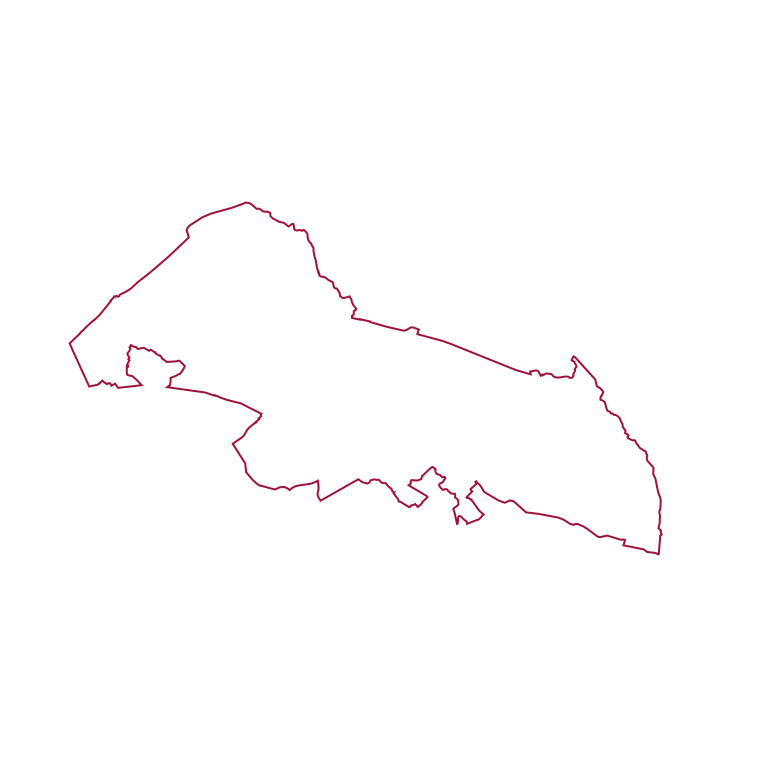 Doetinchem, Gelderland, Netherlands (Albers equal-area conic projection), rotated 197°
{"feature_id": "6326949B3071243252174", "entity_name": "Doetinchem", "entity_type": "district", "adm_level": 2, "iso_a3": "NLD", "parent_name": "Netherlands", "parent_adm1": "Gelderland", "projection": "albers", "projection_center": [6.278, 51.959], "detail": "fine", "context": "isolated", "style": "outline", "palette": "rose", "viewbox_px": 768, "rotation_deg": 197, "n_neighbors": 0, "source": "geoboundaries", "source_scale": "gbopen_adm2", "svg_char_len": 6144}
<svg xmlns="http://www.w3.org/2000/svg" viewBox="0 0 768 768"><g transform="rotate(197 384 384)"><path d="M71.5,301.6L75.5,319.9L74.4,321.2L76.2,323.3L76.0,323.6L76.0,324.0L76.5,325.0L79.3,326.2L79.7,331.4L81.6,339.0L83.0,341.2L83.4,342.5L83.3,345.7L85.6,354.5L90.4,361.1L96.9,373.0L100.2,376.5L101.6,382.1L102.1,383.0L109.7,387.6L111.2,390.2L111.4,390.9L111.1,391.9L111.3,392.5L111.7,393.2L113.0,394.2L113.4,395.3L113.8,395.8L120.3,397.5L125.6,401.3L126.9,403.0L127.6,403.5L128.2,403.5L129.5,402.8L134.8,403.5L135.7,404.7L135.1,405.5L135.1,406.2L135.9,406.9L139.1,407.6L139.4,410.0L143.3,412.9L143.6,414.3L144.5,415.8L145.9,416.8L149.0,420.5L151.5,421.7L153.6,422.2L155.1,421.7L156.8,422.6L158.0,422.2L158.8,422.5L159.7,423.5L161.9,423.6L163.0,424.2L165.0,427.0L166.6,429.9L168.0,431.5L169.5,432.0L172.4,432.3L172.9,433.9L173.0,435.3L172.7,436.3L172.1,437.2L172.3,438.2L171.9,440.3L172.1,440.8L175.9,443.1L179.8,444.1L183.3,450.1L209.5,465.7L210.8,465.8L211.6,461.7L210.5,461.2L208.4,461.0L208.1,460.2L205.5,457.8L205.0,456.9L206.0,453.9L205.1,453.0L205.8,448.3L205.7,447.8L205.2,447.4L205.3,446.6L205.9,445.0L208.3,444.1L209.7,444.9L213.0,444.1L219.0,441.1L222.5,440.5L224.4,440.9L226.5,442.4L231.8,441.6L234.9,438.6L235.5,439.2L236.5,437.8L239.9,441.0L240.9,441.5L242.6,441.5L247.9,438.6L246.5,436.2L259.0,435.9L265.5,436.2L331.1,441.8L340.4,442.3L366.6,441.4L366.8,441.5L366.6,446.3L372.0,446.6L373.6,446.4L375.1,445.6L378.9,441.7L380.2,441.0L382.3,440.6L398.7,439.5L415.7,439.2L415.8,439.7L425.9,439.0L425.7,438.5L433.9,437.8L434.4,438.8L434.6,439.7L433.3,441.4L433.3,442.2L433.8,443.2L434.1,444.7L433.7,445.6L432.4,446.9L432.4,447.3L433.3,448.3L436.7,450.8L438.7,453.0L439.6,454.8L442.5,457.7L446.8,454.9L448.3,454.2L449.0,454.2L451.9,455.3L452.9,457.9L456.5,461.2L457.3,461.5L458.8,461.2L460.0,461.8L461.1,463.3L462.0,465.5L462.9,466.4L467.2,467.1L472.1,468.9L475.9,468.3L477.5,468.9L479.3,471.3L478.7,471.3L481.8,475.0L485.4,482.3L488.3,486.6L490.4,490.7L491.1,493.3L492.7,495.0L493.6,495.3L494.6,497.1L496.5,497.7L498.7,499.8L500.3,502.7L500.8,504.7L501.4,505.5L503.8,507.0L505.7,507.9L506.5,507.6L507.1,506.6L510.3,506.5L511.7,505.4L514.2,505.2L515.4,506.3L517.0,510.0L517.6,510.5L519.1,509.8L521.0,506.9L521.8,506.8L526.9,508.9L532.0,508.4L536.1,509.4L538.1,509.6L541.5,511.2L542.1,512.2L542.5,513.9L542.9,514.4L546.5,514.7L547.7,514.1L550.1,513.7L554.3,515.2L557.1,514.3L563.6,517.2L566.0,517.6L569.7,516.9L570.7,515.8L581.3,507.8L598.9,496.6L606.4,490.4L616.4,478.5L617.2,476.8L617.7,474.4L617.7,473.4L613.5,467.1L626.8,443.6L639.5,423.4L649.0,409.8L654.0,401.2L656.7,397.9L662.8,392.1L662.8,390.8L663.5,390.0L664.3,389.6L665.5,390.1L666.1,389.1L666.7,389.3L667.8,388.7L667.8,388.0L669.3,384.7L669.9,384.0L669.4,383.6L676.3,366.5L680.2,359.7L680.5,359.8L685.6,351.2L687.1,348.1L689.5,344.1L689.3,343.7L696.5,331.0L690.7,324.2L669.0,299.7L668.8,299.2L668.3,299.0L665.2,295.4L657.5,299.7L656.4,301.7L656.1,301.5L654.5,304.9L651.5,303.6L649.5,303.2L649.4,302.9L648.7,302.9L648.0,304.0L646.1,304.6L644.1,302.7L641.3,305.7L637.1,302.6L615.4,312.0L621.8,315.6L626.8,317.9L631.6,317.6L632.6,318.1L633.3,319.7L634.9,324.8L634.0,325.2L634.0,326.7L635.3,326.6L635.0,329.5L634.3,332.3L635.7,332.9L635.7,333.5L635.1,334.8L637.2,336.5L638.3,338.2L637.1,341.5L636.9,343.9L638.1,344.6L637.3,347.2L636.4,347.2L635.6,346.6L632.7,346.6L632.0,346.9L629.5,345.4L627.3,346.9L624.1,348.4L618.3,347.1L617.8,348.0L616.6,348.5L612.2,347.1L611.8,347.4L611.2,346.5L609.9,346.0L605.8,345.4L605.2,345.1L604.2,343.9L603.2,343.6L603.1,343.2L599.2,342.1L598.4,341.5L590.1,344.6L586.6,346.5L580.2,343.2L579.7,342.5L579.7,342.0L580.5,338.3L581.8,334.4L584.6,332.0L585.1,331.2L589.9,327.5L588.9,324.4L588.3,320.5L590.4,317.6L552.4,323.6L542.8,323.3L542.9,323.7L540.6,323.7L538.3,323.6L538.0,323.2L529.3,322.9L515.2,323.6L492.8,319.7L492.5,319.6L492.8,318.2L492.1,317.1L493.9,314.5L493.0,313.9L495.7,309.9L495.2,309.7L497.4,307.2L500.5,302.3L501.5,299.9L502.7,294.6L503.3,293.0L504.5,291.1L511.2,282.6L493.5,267.5L490.0,259.3L481.0,253.6L478.1,252.2L473.2,250.4L472.7,250.7L458.0,251.2L456.7,251.9L453.3,254.9L449.0,256.4L445.4,255.9L443.3,255.0L441.0,258.2L438.4,260.6L435.3,262.3L425.1,267.1L422.0,269.3L419.1,272.1L418.5,270.8L418.2,270.9L416.1,265.2L415.7,263.3L415.5,259.9L414.9,258.2L413.6,256.4L410.5,253.9L380.7,285.4L376.1,283.8L370.8,284.0L369.1,285.6L368.7,287.8L368.5,288.1L365.4,290.0L362.7,290.1L361.2,291.0L357.6,288.9L353.4,289.6L349.5,287.2L346.1,285.8L344.6,283.9L343.9,283.7L343.0,283.0L342.6,283.2L342.9,282.4L342.6,282.0L337.3,278.3L336.4,277.4L335.6,275.9L333.6,276.1L324.1,273.6L322.8,274.5L323.0,275.4L319.8,277.5L319.1,278.4L315.7,276.3L313.6,279.6L312.7,281.4L312.8,282.2L312.5,282.9L309.3,288.5L310.9,289.5L330.8,294.3L329.3,296.5L330.1,298.7L329.8,300.0L324.0,301.4L320.6,303.9L320.7,307.1L319.9,307.9L318.9,310.1L315.9,315.5L313.7,318.7L313.3,318.9L310.7,318.1L310.5,317.6L310.0,317.7L309.1,315.0L307.2,313.4L303.7,313.4L301.1,311.8L299.0,312.8L298.1,312.4L297.8,311.5L298.4,310.3L298.9,307.5L301.4,305.1L301.9,304.1L301.4,302.9L299.2,301.1L296.9,299.9L296.3,300.1L295.1,301.3L292.8,301.6L291.5,300.5L287.7,298.9L284.2,299.7L283.5,298.9L282.9,296.3L279.9,295.2L278.8,293.7L277.7,290.9L278.2,289.0L280.7,286.1L281.2,284.7L278.8,281.5L273.3,271.6L272.8,271.8L272.8,272.3L272.9,273.1L273.7,274.1L273.2,274.6L274.0,278.0L273.9,279.4L272.1,280.0L267.4,277.5L265.0,276.9L263.6,274.6L257.0,279.9L254.0,282.0L252.6,284.1L251.3,287.5L250.5,288.2L255.9,290.7L265.4,298.0L266.5,298.5L266.7,299.2L267.6,298.9L269.5,299.7L270.7,299.6L271.1,299.3L271.9,299.7L271.8,300.2L268.2,307.1L269.4,307.5L270.5,308.8L266.3,315.8L268.0,317.1L267.5,317.9L265.5,316.6L263.3,315.7L261.8,314.7L256.8,310.2L255.3,309.7L240.3,306.1L233.9,305.7L229.8,309.3L227.7,309.7L225.6,309.7L210.7,302.8L198.2,305.0L178.1,307.2L172.3,306.7L164.7,304.5L161.1,304.9L160.3,305.9L158.1,306.7L151.7,306.1L147.1,304.8L135.6,300.7L133.9,300.5L132.5,300.8L126.2,304.3L112.7,304.3L110.6,304.7L109.8,305.3L108.1,305.4L107.9,305.3L108.1,304.6L107.8,303.6L107.9,299.7L87.3,301.8L83.1,300.3L76.4,301.6L73.5,301.7L72.8,301.2L71.5,301.6Z" fill="none" stroke="#9f1239" stroke-width="2"/></g></svg>